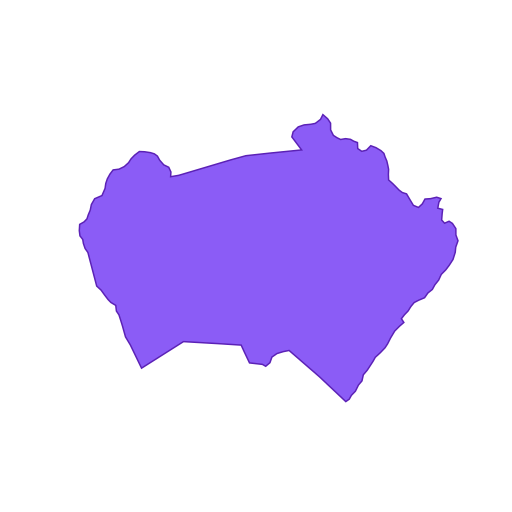 the district of Catu, Bahia, Brazil, rotated 213°
{"feature_id": "56859067B63538052754929", "entity_name": "Catu", "entity_type": "district", "adm_level": 2, "iso_a3": "BRA", "parent_name": "Brazil", "parent_adm1": "Bahia", "projection": "natural_earth1", "projection_center": [-38.421, -12.325], "detail": "fine", "context": "isolated", "style": "filled", "palette": "violet", "viewbox_px": 512, "rotation_deg": 213, "n_neighbors": 0, "source": "geoboundaries", "source_scale": "gbopen_adm2", "svg_char_len": 2060}
<svg xmlns="http://www.w3.org/2000/svg" viewBox="0 0 512 512"><g transform="rotate(213 256 256)"><path d="M101.4,182.8L99.8,186.7L100.1,191.1L99.0,196.8L99.8,203.6L99.1,209.0L101.3,214.8L100.5,221.0L100.5,227.0L100.5,231.6L100.8,236.0L99.1,242.5L97.8,249.3L97.8,254.1L98.5,260.6L98.8,268.6L97.4,275.3L95.8,280.8L99.9,282.6L99.5,287.5L98.5,292.7L98.6,298.0L98.0,303.1L95.5,307.5L91.9,312.8L91.7,318.6L89.9,324.0L90.3,329.3L89.7,335.3L90.6,341.5L89.3,347.8L88.9,353.5L88.9,360.4L90.9,367.6L93.3,372.2L94.9,378.8L99.8,382.5L103.3,387.8L109.0,390.3L113.0,390.3L115.7,386.2L119.9,387.3L123.0,393.0L124.8,396.7L129.6,395.1L131.9,400.7L132.1,404.9L136.5,403.7L140.8,399.2L145.3,395.8L144.9,390.3L146.2,385.2L151.6,384.2L158.0,387.3L163.6,390.1L167.9,388.9L171.9,389.2L175.8,390.1L180.9,391.2L186.2,392.0L189.4,396.5L192.0,400.9L194.7,403.7L198.0,406.9L201.6,409.3L204.6,411.7L208.6,412.4L214.4,412.2L219.8,411.0L221.0,404.9L224.3,401.4L229.2,401.5L232.7,406.4L236.6,405.5L240.3,405.3L244.8,403.2L248.5,399.8L252.5,399.3L256.8,399.3L262.1,402.4L265.8,408.0L270.6,410.1L276.9,411.0L276.3,405.7L278.5,399.5L281.8,396.3L287.1,392.1L290.9,387.3L292.5,380.4L290.8,375.4L275.5,369.8L300.1,350.1L319.1,334.6L329.5,322.9L361.2,285.7L364.8,281.5L370.8,276.0L373.1,280.1L377.5,282.9L383.0,282.2L389.0,283.9L393.1,286.1L396.9,286.3L400.8,285.2L406.3,282.7L410.7,280.1L412.7,274.5L413.7,269.5L413.7,264.8L415.2,259.2L418.2,254.2L422.7,250.4L423.1,245.2L422.7,239.7L421.5,235.0L419.4,230.5L418.1,222.8L422.5,216.2L422.1,209.5L420.0,204.2L419.1,199.2L418.0,195.1L418.8,190.9L421.1,186.5L418.0,181.0L414.6,177.0L410.3,175.5L407.6,172.5L403.4,169.2L398.9,167.4L373.2,144.0L367.3,143.0L361.9,140.9L356.3,138.9L352.4,138.0L346.7,138.2L343.1,133.8L338.9,132.0L335.2,129.0L329.9,124.6L325.6,120.8L321.4,117.1L313.0,113.0L290.9,99.6L277.5,128.8L270.2,144.7L237.9,163.1L229.0,168.1L219.9,173.2L213.6,169.2L203.2,162.8L191.6,168.6L187.8,168.8L186.2,174.1L187.6,179.9L185.3,185.6L181.0,190.7L176.8,194.8L137.2,189.3L101.4,182.8Z" fill="#8b5cf6" stroke="#5b21b6" stroke-width="1.5"/></g></svg>